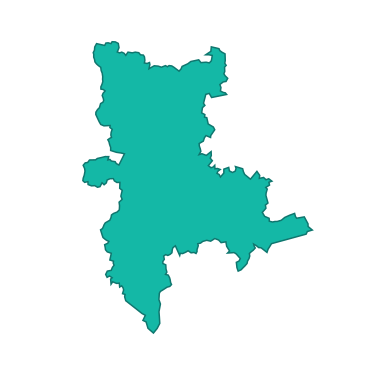 Marau, Rio Grande do Sul, Brazil (Mercator projection), rotated 282°
{"feature_id": "56859067B44475036687569", "entity_name": "Marau", "entity_type": "district", "adm_level": 2, "iso_a3": "BRA", "parent_name": "Brazil", "parent_adm1": "Rio Grande do Sul", "projection": "mercator", "projection_center": [-52.267, -28.487], "detail": "fine", "context": "isolated", "style": "filled", "palette": "teal", "viewbox_px": 384, "rotation_deg": 282, "n_neighbors": 0, "source": "geoboundaries", "source_scale": "gbopen_adm2", "svg_char_len": 4766}
<svg xmlns="http://www.w3.org/2000/svg" viewBox="0 0 384 384"><g transform="rotate(282 192 192)"><path d="M225.3,236.7L225.9,229.2L224.1,230.2L221.3,229.9L219.5,227.5L220.4,224.2L223.7,222.8L221.0,218.4L217.2,219.2L212.6,216.7L214.8,214.9L215.4,212.6L217.5,212.9L219.9,214.9L220.3,212.0L219.5,209.6L222.8,208.7L220.7,207.4L219.7,205.5L221.2,202.5L226.8,205.4L228.9,202.8L231.7,203.3L235.5,202.3L230.8,198.4L231.5,193.7L230.0,191.1L233.6,192.2L236.0,191.1L238.5,189.6L240.9,188.9L244.1,192.5L247.7,192.9L250.1,194.0L249.2,198.8L251.1,198.6L257.6,201.3L260.0,199.4L261.9,193.7L267.8,191.0L267.8,188.7L270.4,188.5L271.4,185.0L276.7,184.7L279.4,186.6L281.2,184.8L290.4,185.2L292.0,188.4L288.5,191.5L294.6,205.6L295.9,204.0L295.9,201.8L296.7,198.8L300.2,198.6L302.9,196.9L306.2,199.7L307.2,202.3L310.6,203.3L312.6,200.2L314.3,198.6L316.7,199.0L320.9,197.9L323.0,199.1L324.7,197.3L327.5,197.2L334.0,195.6L335.0,192.2L336.1,189.8L337.8,188.6L337.9,186.2L338.0,180.7L333.5,181.2L329.1,176.9L329.7,179.9L329.8,183.4L326.8,183.6L324.3,183.6L321.9,182.1L321.9,178.8L320.4,173.8L322.7,171.1L319.4,163.7L316.6,161.3L312.8,156.2L310.1,155.7L307.5,154.2L310.2,148.5L311.1,146.0L310.9,143.3L309.4,141.9L310.1,139.8L307.7,136.1L308.1,132.8L307.6,128.8L305.8,126.7L303.6,124.3L307.9,124.3L309.8,123.5L308.4,121.4L308.3,118.6L311.1,118.5L314.3,117.4L315.8,116.0L315.5,113.1L317.2,111.0L317.0,107.4L315.7,104.7L315.5,100.3L311.9,98.8L313.6,96.7L314.2,94.2L313.0,92.3L313.4,89.8L318.0,90.6L320.2,89.7L322.0,89.0L322.9,85.8L322.4,82.6L320.3,81.9L320.5,79.0L319.8,76.8L317.2,76.1L317.3,67.8L313.6,66.7L310.4,67.1L307.8,66.4L306.1,67.3L303.5,67.8L301.4,69.1L299.1,70.0L297.4,72.0L296.1,74.3L295.0,76.8L291.9,77.9L289.7,79.4L286.2,80.7L283.6,81.1L281.6,81.8L278.9,81.6L275.9,81.0L273.7,81.5L273.8,83.9L272.8,86.0L270.1,84.5L267.7,84.1L265.4,85.6L263.2,86.6L261.3,86.2L259.5,84.2L255.2,83.9L253.1,82.5L250.1,81.4L247.8,81.8L243.0,85.4L241.3,86.7L239.1,88.7L238.4,92.1L240.0,98.1L238.0,98.3L236.7,100.9L233.6,100.5L230.8,100.8L228.7,101.9L227.2,100.2L225.6,98.8L223.9,100.3L221.2,101.6L218.6,103.2L215.7,103.8L215.1,109.8L215.4,114.6L215.3,118.0L203.2,114.9L204.1,112.0L205.7,110.5L205.5,106.7L206.8,104.8L205.9,103.0L209.3,103.2L208.6,99.7L207.1,96.7L205.1,92.4L203.4,91.0L202.0,85.1L199.2,83.8L198.3,81.5L195.5,80.0L192.6,82.1L190.1,83.0L186.0,83.1L182.9,82.7L180.4,82.9L179.1,85.0L180.5,88.0L177.7,88.8L177.1,92.4L178.0,95.6L177.0,98.6L178.1,100.9L182.3,102.1L180.8,104.5L183.1,106.3L186.1,106.5L187.9,109.0L188.7,112.2L186.7,113.8L185.7,116.6L186.4,119.5L180.6,120.5L179.1,123.4L175.9,123.3L173.1,123.3L170.3,125.2L166.9,122.8L163.4,124.0L159.4,124.6L156.8,122.9L154.7,119.7L152.8,118.0L150.3,118.1L147.3,117.5L145.7,115.7L143.8,113.6L141.6,112.8L139.7,112.5L137.6,112.0L136.0,110.4L130.8,113.3L129.0,114.4L128.0,116.2L127.0,118.4L126.4,120.9L124.3,120.2L122.3,117.5L120.0,118.5L117.5,119.4L115.8,121.6L115.3,125.8L108.4,125.8L108.0,129.6L106.1,129.7L104.2,131.0L101.7,129.8L98.6,129.3L97.0,125.6L93.4,124.7L90.9,126.7L92.7,128.8L91.5,131.7L89.9,130.5L85.0,132.0L87.7,133.1L86.9,137.2L87.7,139.8L84.0,141.0L85.6,142.7L84.1,144.4L82.0,145.5L78.1,145.2L77.9,147.8L75.5,147.9L71.9,149.8L62.7,168.5L61.7,172.0L56.2,170.7L55.4,174.1L49.5,177.3L46.0,183.6L51.3,186.3L56.8,187.8L63.6,185.9L68.0,184.6L75.9,184.4L79.9,182.0L86.1,181.1L88.1,181.7L90.5,184.2L93.8,187.5L95.0,189.9L97.2,191.2L99.0,189.9L101.6,188.9L103.5,187.9L105.8,186.0L105.9,183.2L108.4,184.1L111.2,182.6L115.3,181.5L116.0,178.4L117.9,177.9L120.4,178.9L123.4,177.6L125.3,179.3L124.9,181.5L126.4,183.5L128.4,185.0L131.5,184.7L133.5,184.9L135.9,186.9L127.3,193.2L129.6,193.3L129.8,195.6L131.9,198.5L133.7,200.4L132.3,203.7L133.3,206.6L132.7,208.7L134.7,209.3L136.6,208.9L138.8,209.1L140.7,209.3L142.6,208.4L143.8,211.0L145.9,212.8L147.8,216.4L147.8,220.5L151.2,224.0L150.6,228.0L148.5,231.0L150.3,235.5L146.1,237.2L142.1,241.0L139.7,239.5L140.9,243.8L141.5,245.8L140.6,248.2L138.4,251.1L136.9,253.1L134.2,252.3L132.4,250.0L127.3,251.7L124.2,253.6L126.1,256.2L128.2,257.5L130.8,259.2L133.5,260.7L136.0,260.7L138.7,261.6L141.4,261.8L143.8,260.9L145.9,262.4L147.8,264.0L150.4,265.5L151.9,264.1L153.9,263.1L152.9,266.1L151.5,268.7L151.8,271.2L148.5,277.9L151.9,278.3L155.4,279.6L158.0,280.5L174.5,312.4L177.3,313.0L179.8,317.6L182.4,312.7L185.0,312.1L191.0,307.0L188.1,299.8L189.5,298.3L192.4,296.8L189.5,292.2L186.4,288.0L182.9,285.2L180.9,281.5L180.4,279.2L179.4,277.1L179.5,273.7L182.3,272.9L183.3,268.1L186.7,265.0L189.4,266.6L191.5,267.7L194.5,266.5L197.0,268.6L204.1,265.0L206.5,264.7L210.5,265.0L211.8,263.2L214.9,266.4L217.5,265.2L219.2,267.9L220.9,264.3L219.4,261.8L221.1,259.0L219.3,255.0L222.3,254.8L225.7,251.2L216.7,246.5L220.1,239.9L222.5,238.1L225.3,236.7Z" fill="#14b8a6" stroke="#0f766e" stroke-width="1.5"/></g></svg>